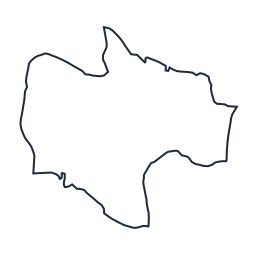 Qafl Shammar, Hajjah, Yemen (Natural Earth projection), rotated 3°
{"feature_id": "15242507B49516524141793", "entity_name": "Qafl Shammar", "entity_type": "district", "adm_level": 2, "iso_a3": "YEM", "parent_name": "Yemen", "parent_adm1": "Hajjah", "projection": "natural_earth1", "projection_center": [43.357, 15.907], "detail": "fine", "context": "isolated", "style": "outline", "palette": "slate", "viewbox_px": 256, "rotation_deg": 3, "n_neighbors": 0, "source": "geoboundaries", "source_scale": "gbopen_adm2", "svg_char_len": 2625}
<svg xmlns="http://www.w3.org/2000/svg" viewBox="0 0 256 256"><g transform="rotate(3 128 128)"><path d="M98.6,28.6L102.3,44.6L102.3,48.9L100.7,52.6L99.3,56.5L99.5,61.2L101.4,64.4L103.2,68.7L105.1,73.0L101.4,76.8L97.6,77.7L93.9,77.7L93.4,77.6L90.2,77.5L86.3,76.7L84.0,76.7L82.5,76.6L79.6,73.6L75.8,71.6L71.8,69.7L68.0,67.7L67.3,67.4L63.7,65.5L61.8,64.7L59.7,63.7L56.2,62.3L52.7,60.9L49.1,59.9L45.3,58.5L41.3,57.8L39.3,58.8L37.8,59.5L34.2,60.7L30.9,62.8L28.1,65.5L25.8,68.7L25.3,73.1L24.6,77.7L23.9,82.4L23.7,86.8L25.0,92.2L23.2,97.0L23.1,102.1L22.9,106.4L22.2,111.6L21.8,116.0L21.2,120.5L20.5,125.1L20.5,125.6L20.4,129.5L21.3,134.0L23.0,137.9L25.0,142.1L27.5,145.6L30.1,148.5L32.5,151.8L34.5,156.3L36.0,160.5L35.8,178.3L53.7,176.5L58.0,177.7L58.3,177.7L61.3,179.7L62.1,180.9L62.0,181.6L62.2,182.1L62.5,182.4L63.0,182.2L63.7,181.8L64.3,181.0L64.4,180.3L64.4,178.8L64.4,178.7L64.1,177.1L64.7,176.4L67.1,177.0L67.4,179.2L67.4,180.5L67.4,181.5L67.3,183.4L66.9,184.6L66.9,186.6L66.8,187.5L67.6,189.8L68.0,190.3L70.6,189.9L71.7,189.5L75.2,187.3L77.6,189.3L79.3,190.7L80.1,191.4L82.4,191.3L84.6,191.6L87.5,192.2L90.3,195.0L90.5,195.2L95.6,198.9L101.7,203.8L105.7,206.3L108.3,210.2L108.6,214.4L109.9,215.3L113.5,217.6L117.5,219.9L121.8,221.9L122.5,222.2L123.0,222.5L125.4,223.5L129.2,225.2L132.9,226.0L136.6,227.0L140.8,227.4L144.6,226.3L145.8,225.9L148.1,225.0L152.0,225.0L153.0,225.2L153.5,225.3L153.6,223.7L153.6,219.6L153.4,215.4L153.0,211.3L151.8,207.3L150.8,203.0L150.2,198.4L149.1,194.3L148.9,193.4L148.0,189.8L146.9,185.5L146.0,181.2L146.4,177.7L146.5,176.4L146.3,174.1L149.2,168.7L150.1,166.6L152.8,161.9L156.3,160.3L157.2,159.5L161.7,155.7L167.8,150.5L170.1,149.4L172.6,149.0L176.2,148.2L178.9,148.3L183.2,152.5L186.3,153.0L187.2,153.2L189.8,154.1L193.7,158.7L197.3,160.4L201.3,161.0L205.6,162.0L210.0,161.9L214.1,160.2L217.0,157.8L220.6,156.8L224.3,156.2L227.8,156.0L228.1,154.7L228.0,150.0L227.9,145.2L228.0,140.7L228.2,135.8L228.5,131.3L229.0,126.4L229.5,122.3L230.1,117.2L230.4,112.9L231.5,108.7L233.7,104.7L235.6,101.1L234.5,101.1L230.7,101.0L226.8,100.9L223.3,99.3L219.6,99.2L215.7,99.2L215.3,99.0L212.4,96.8L211.5,93.6L209.8,89.0L208.8,84.6L209.0,80.9L208.7,80.3L206.9,77.0L205.7,72.5L201.0,70.2L200.5,70.1L197.2,69.5L193.6,71.7L189.6,69.4L185.8,69.0L182.0,68.9L181.5,68.9L177.5,68.9L173.8,68.6L170.0,67.3L166.4,65.4L165.1,68.9L162.6,68.6L162.5,64.0L159.2,62.4L155.5,60.5L143.4,56.5L141.9,57.5L141.9,61.1L141.5,61.6L141.0,61.3L133.3,54.5L133.0,54.5L127.2,54.2L121.1,46.3L118.8,43.0L116.2,39.8L113.4,36.9L110.3,34.0L107.5,31.4L104.1,29.5L100.0,28.7L98.6,28.6Z" fill="none" stroke="#1e293b" stroke-width="2"/></g></svg>